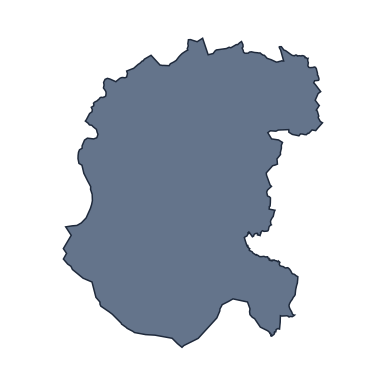 outline of Igabi, Kaduna, Nigeria, rotated 277°
{"feature_id": "59680162B83099166959131", "entity_name": "Igabi", "entity_type": "district", "adm_level": 2, "iso_a3": "NGA", "parent_name": "Nigeria", "parent_adm1": "Kaduna", "projection": "mercator", "projection_center": [7.565, 10.746], "detail": "fine", "context": "isolated", "style": "filled", "palette": "slate", "viewbox_px": 384, "rotation_deg": 277, "n_neighbors": 0, "source": "geoboundaries", "source_scale": "gbopen_adm2", "svg_char_len": 5881}
<svg xmlns="http://www.w3.org/2000/svg" viewBox="0 0 384 384"><g transform="rotate(277 192 192)"><path d="M135.7,275.7L135.9,275.4L136.4,275.1L136.9,274.9L136.5,272.8L136.9,271.2L136.3,268.8L136.1,267.1L136.4,266.5L136.6,266.0L136.9,265.7L137.2,264.9L137.7,263.6L137.2,263.3L138.9,259.9L140.0,259.0L141.0,256.1L141.4,255.8L142.8,256.2L142.9,255.9L143.6,254.7L143.8,254.8L144.0,254.7L144.1,254.1L145.1,254.1L145.0,253.5L145.8,253.5L145.7,252.9L149.5,251.1L153.2,249.5L154.0,250.3L155.1,251.9L157.3,252.7L157.6,253.2L158.3,252.5L159.3,253.3L158.5,254.2L154.9,257.4L155.6,258.3L155.8,258.3L156.0,258.6L156.5,258.6L157.7,259.0L158.6,260.3L158.8,261.0L158.9,262.0L158.1,262.5L157.8,262.2L157.4,262.2L157.1,264.9L157.6,264.8L159.4,265.4L159.8,265.1L160.1,265.0L160.2,265.3L160.5,265.5L161.0,265.8L161.3,265.9L161.7,266.2L162.0,266.4L162.1,266.6L162.2,266.9L161.8,267.7L161.7,268.3L162.2,270.7L162.5,271.7L162.8,272.1L163.9,272.5L166.1,272.6L167.3,272.9L168.3,273.7L169.1,274.8L169.7,274.2L172.3,273.5L173.6,273.7L175.7,274.5L177.7,275.6L182.5,276.1L184.0,276.6L184.4,270.7L187.0,270.5L187.5,271.2L190.7,271.1L195.7,270.6L196.6,269.5L197.2,267.7L197.4,267.4L201.1,266.1L203.3,266.8L207.3,270.2L208.4,268.7L217.8,263.9L220.0,263.4L227.9,268.8L229.0,271.5L230.1,273.4L235.2,272.3L240.0,275.3L242.0,274.9L246.4,275.4L249.3,275.0L252.2,275.8L254.2,271.6L254.4,264.5L260.1,260.0L262.3,262.3L262.6,267.9L264.0,270.1L265.7,280.4L263.1,280.9L261.4,284.5L260.8,291.3L262.8,292.5L263.0,294.4L262.7,296.7L262.8,298.5L264.4,299.8L264.4,300.7L268.2,303.6L268.0,307.3L271.0,309.2L276.6,313.1L277.6,310.8L281.0,308.3L282.0,308.2L282.7,308.6L287.6,306.5L288.4,305.4L293.4,307.8L293.8,307.2L298.1,303.1L305.1,305.2L307.3,307.5L313.8,301.2L315.2,299.5L317.4,300.2L317.8,302.2L318.2,303.8L318.8,304.3L319.8,304.2L320.7,303.9L323.0,302.8L323.4,302.2L324.3,302.2L325.0,302.1L325.9,301.8L328.3,300.8L329.3,300.5L329.8,300.2L330.1,299.8L330.8,299.4L330.8,298.7L331.0,298.1L330.4,297.0L329.8,294.0L330.0,292.7L331.4,291.6L334.6,291.7L335.9,291.0L337.4,290.7L338.6,290.9L338.4,290.5L338.4,290.0L338.9,289.7L339.1,289.1L339.1,287.8L339.7,287.6L340.2,287.6L340.4,287.0L340.7,286.3L340.8,285.6L340.8,284.5L340.4,284.0L340.3,283.4L340.4,282.1L340.2,281.6L340.1,280.8L339.9,280.4L339.8,280.0L340.3,279.7L340.5,279.2L340.7,278.6L340.5,278.1L340.3,277.7L339.8,277.3L339.7,277.0L339.8,274.9L340.7,273.1L343.7,267.7L344.1,265.9L347.1,263.0L346.9,261.3L346.6,260.9L345.7,261.2L343.8,262.6L333.2,267.0L333.1,266.0L333.1,264.9L332.5,263.8L332.2,262.6L331.7,261.8L331.2,259.9L333.0,254.3L333.8,250.3L336.5,247.2L336.5,246.0L337.3,244.2L338.3,242.8L338.1,241.2L338.2,239.9L338.1,236.9L338.4,233.9L337.9,232.0L336.7,230.9L336.4,229.4L336.2,227.5L337.1,226.1L338.9,225.5L341.0,224.2L342.3,225.0L344.5,224.6L347.4,222.8L346.0,221.2L343.8,219.3L343.7,218.0L339.9,213.0L340.2,211.2L338.6,208.7L336.0,198.9L335.0,197.8L332.0,196.1L330.2,191.3L345.9,183.8L341.8,178.8L342.6,174.3L343.1,172.0L342.7,169.9L338.6,169.8L336.5,170.5L333.7,169.8L332.4,170.5L331.1,168.7L329.0,166.2L328.2,165.3L326.2,163.7L324.2,162.3L320.7,160.3L318.7,157.9L316.7,154.9L314.6,153.9L314.4,151.3L314.2,148.5L314.0,147.0L314.1,146.3L314.1,144.8L322.7,134.7L318.1,128.6L316.2,127.5L315.9,126.6L313.4,124.6L312.2,123.1L307.4,118.8L307.3,118.3L304.1,112.4L301.7,113.5L298.1,113.1L297.2,111.5L297.2,109.3L296.9,108.0L296.0,106.5L292.4,103.1L292.2,103.0L294.1,96.9L294.5,94.2L293.2,92.0L290.0,90.9L287.4,91.7L284.5,91.4L282.2,93.5L281.1,94.3L279.6,94.7L276.8,94.7L275.6,93.4L275.4,92.6L274.9,92.1L275.0,91.8L274.9,91.1L275.0,90.8L274.8,90.0L274.6,89.5L274.3,89.2L273.2,88.7L272.2,87.7L271.0,86.8L269.3,84.3L268.1,83.4L267.0,83.9L265.5,83.9L263.8,81.7L261.7,83.0L259.5,83.0L257.4,80.8L250.8,78.3L249.4,77.5L247.7,80.4L246.1,82.0L246.0,84.4L244.7,86.0L242.5,89.5L239.5,90.7L237.9,91.6L235.8,91.3L234.2,90.8L232.7,87.9L232.7,81.6L230.4,79.0L224.5,77.3L222.0,77.6L220.2,75.2L217.7,74.5L214.5,74.5L211.2,74.8L206.6,76.3L205.2,79.5L197.3,82.4L190.4,87.0L185.0,90.8L182.2,91.0L177.5,93.2L171.2,94.2L167.4,93.9L163.1,93.1L153.4,90.1L147.8,85.9L144.8,81.9L143.8,77.2L142.0,70.9L134.3,77.4L120.1,71.2L115.8,75.0L109.8,72.5L105.3,77.4L103.5,80.9L100.5,82.8L93.1,94.5L90.5,103.7L75.7,109.5L71.6,114.0L69.3,114.4L67.6,115.4L62.9,124.5L60.9,127.9L53.2,137.7L52.3,138.2L49.6,143.2L48.8,144.2L46.4,150.5L45.5,152.0L44.8,163.4L45.4,172.7L44.4,190.1L39.7,196.1L36.6,201.0L38.6,202.6L47.5,216.0L70.0,232.0L77.3,234.1L79.4,234.0L82.9,235.4L83.8,235.6L87.9,241.7L90.9,245.7L89.6,260.5L83.1,263.8L80.2,263.7L77.3,264.5L75.0,267.1L73.9,269.6L66.2,276.3L63.5,284.0L61.8,286.5L61.1,286.5L60.7,287.0L60.5,287.8L60.1,288.0L59.5,287.7L58.9,287.7L58.6,288.3L58.8,288.8L59.3,289.4L59.8,289.7L60.2,290.3L60.7,290.7L61.5,291.1L62.1,291.0L62.7,290.8L63.2,291.0L63.3,292.1L63.6,292.2L65.1,292.3L65.5,292.2L66.1,292.7L67.0,294.1L66.7,294.7L66.6,295.6L73.6,295.4L80.0,294.8L79.8,296.2L80.7,301.2L80.5,302.5L79.9,303.0L79.8,303.8L80.4,304.5L80.5,306.8L81.3,307.7L81.6,308.2L82.3,308.8L82.3,307.9L83.0,306.7L83.6,306.2L84.6,305.9L87.6,303.7L88.9,302.9L90.4,302.3L91.5,302.1L93.3,302.5L95.4,303.3L97.5,304.5L99.9,305.4L101.2,306.3L102.6,306.9L107.6,306.8L111.8,307.2L114.6,307.7L116.1,307.6L117.4,307.6L120.8,307.4L121.3,306.2L121.6,305.4L122.3,304.5L122.9,303.2L122.9,302.5L123.2,301.4L124.1,300.7L125.8,299.6L126.2,299.2L126.8,298.7L127.5,298.0L127.6,297.7L127.8,297.6L128.5,296.4L128.5,295.8L128.0,294.3L128.0,293.8L128.4,292.9L128.9,292.1L129.1,291.5L129.2,289.7L129.4,289.2L129.6,288.2L130.6,287.6L130.9,287.4L131.2,287.4L131.3,287.5L131.5,287.4L131.9,287.5L132.9,287.8L134.0,286.2L133.5,286.1L133.2,285.8L133.9,284.5L134.2,282.2L134.6,281.7L133.7,280.3L134.2,280.2L133.9,279.0L133.5,279.0L133.6,278.2L134.1,277.7L133.7,277.5L133.8,277.2L134.2,277.3L134.3,276.9L134.9,277.1L135.0,276.6L135.4,276.5L135.4,276.3L135.7,276.2L135.7,275.7Z" fill="#64748b" stroke="#1e293b" stroke-width="1.5"/></g></svg>